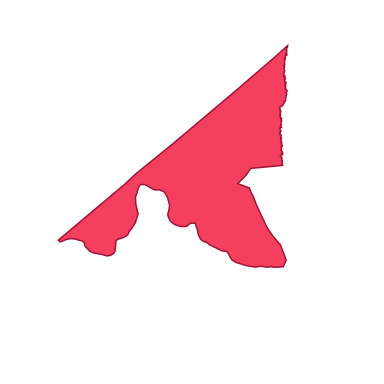 Vubwi, Eastern, Zambia, rotated 159°
{"feature_id": "96606910B99969900210710", "entity_name": "Vubwi", "entity_type": "district", "adm_level": 2, "iso_a3": "ZMB", "parent_name": "Zambia", "parent_adm1": "Eastern", "projection": "orthographic", "projection_center": [32.719, -13.993], "detail": "fine", "context": "isolated", "style": "filled", "palette": "rose", "viewbox_px": 384, "rotation_deg": 159, "n_neighbors": 0, "source": "geoboundaries", "source_scale": "gbopen_adm2", "svg_char_len": 5442}
<svg xmlns="http://www.w3.org/2000/svg" viewBox="0 0 384 384"><g transform="rotate(159 192 192)"><path d="M50.3,294.4L60.4,290.5L69.0,287.3L96.1,277.6L113.3,271.4L166.1,253.1L192.3,244.0L238.2,229.0L252.2,223.3L333.6,195.1L333.1,194.8L333.7,194.2L333.1,192.7L331.6,192.6L327.1,192.7L324.3,192.5L320.8,191.5L318.8,190.3L317.2,189.7L315.8,188.2L312.9,186.3L311.8,185.2L311.0,183.6L310.8,182.9L311.3,180.5L310.9,178.7L308.5,173.2L307.2,171.8L304.9,169.8L298.2,165.8L294.3,162.8L292.5,162.5L290.8,162.0L286.8,162.8L285.3,164.1L282.1,170.2L280.5,173.5L278.5,174.6L277.1,174.3L272.5,174.1L269.2,174.5L267.3,175.2L264.4,177.9L261.6,179.3L256.1,183.5L250.3,190.6L248.8,200.9L246.5,207.7L242.7,212.1L240.4,215.3L237.7,217.6L236.0,216.8L233.3,215.9L226.8,207.9L225.2,206.9L222.6,206.0L221.5,205.8L217.7,201.7L216.8,195.1L217.8,187.2L220.6,182.5L222.6,180.0L223.1,177.3L222.7,172.8L220.8,169.2L219.1,167.1L214.7,163.7L209.6,161.8L204.6,163.4L200.0,161.7L200.2,161.1L200.4,157.8L200.4,155.8L200.6,153.8L201.2,151.4L201.5,149.4L200.7,144.4L199.8,142.9L198.4,141.3L195.7,138.8L194.7,136.5L184.7,126.0L181.4,124.5L181.0,124.0L180.1,121.8L179.8,119.6L179.7,117.5L179.0,114.3L176.4,110.7L171.9,107.2L168.9,104.6L165.5,102.5L159.7,99.1L156.6,98.6L153.4,97.6L148.7,94.8L146.3,94.4L145.9,94.4L142.7,92.5L137.8,90.7L133.6,89.6L128.5,94.6L128.4,100.0L128.4,110.5L128.4,111.2L128.7,111.9L129.1,113.1L130.0,115.0L130.3,116.2L130.6,116.9L130.9,118.0L131.2,118.6L131.4,119.7L132.0,120.8L134.5,131.1L134.9,134.6L135.2,138.9L135.9,147.9L136.4,155.9L136.4,167.1L137.0,169.1L137.0,175.2L146.3,183.4L136.3,187.9L128.6,193.0L108.4,187.3L97.8,184.4L97.8,185.0L97.9,185.6L97.5,185.9L97.4,186.2L97.4,186.7L96.8,188.1L96.7,188.5L96.5,188.8L96.4,189.0L96.5,189.1L96.8,189.2L96.8,189.3L96.6,189.9L96.6,190.8L96.3,191.0L96.0,191.1L95.7,191.5L95.8,191.8L96.1,192.8L96.3,193.1L96.4,193.5L96.7,193.8L96.7,194.0L96.2,194.4L95.3,194.8L94.9,194.8L94.5,194.4L94.1,194.7L93.7,194.8L93.8,195.8L93.5,196.2L93.1,196.6L93.1,196.8L93.2,197.0L93.5,197.2L93.8,197.3L93.7,197.6L93.7,197.8L93.7,198.2L93.5,198.4L93.5,198.5L93.7,198.8L93.6,199.2L93.3,199.7L93.2,200.0L93.3,200.3L93.2,200.4L92.8,200.6L92.7,200.7L92.6,201.5L92.6,202.0L92.5,202.4L91.6,202.3L91.4,202.4L91.1,203.1L91.3,203.7L91.4,204.6L91.4,204.8L91.0,205.0L90.8,205.1L90.8,205.3L90.8,205.9L91.0,206.4L91.1,206.7L91.0,206.9L90.4,206.9L90.3,207.0L90.4,207.7L90.4,208.3L90.2,208.8L90.6,209.2L90.6,209.4L90.5,209.5L90.2,209.5L90.0,209.3L89.7,209.4L89.4,209.7L89.3,210.2L89.8,210.8L89.8,211.2L89.4,211.6L89.1,211.7L89.1,212.2L88.8,212.4L88.6,212.6L88.4,212.9L88.6,213.3L88.9,213.5L89.2,214.0L89.5,214.2L89.6,214.4L89.3,214.6L88.8,214.9L88.5,215.2L88.4,215.5L88.5,216.2L88.2,216.6L87.9,216.7L87.5,216.7L87.2,216.9L87.2,217.3L87.4,217.7L87.4,218.2L87.3,218.6L87.4,218.8L87.3,219.1L87.3,219.4L86.9,220.2L86.7,220.4L86.2,220.2L85.9,220.2L85.5,220.2L85.2,220.3L85.4,221.3L85.4,221.8L85.5,222.0L85.0,222.3L84.5,222.7L84.3,223.6L84.4,224.3L83.9,225.1L83.0,226.0L83.3,226.2L83.5,226.0L83.0,226.7L82.3,228.0L82.1,228.2L82.0,228.6L81.9,228.9L82.0,229.1L82.3,229.1L82.6,228.9L82.8,228.9L82.9,228.6L83.1,228.6L83.1,228.9L82.8,229.9L82.6,230.2L82.6,230.7L82.4,231.3L82.2,231.7L82.2,231.9L82.5,231.9L82.5,232.0L82.5,232.4L82.4,232.6L82.2,232.6L81.7,232.5L81.3,233.4L81.5,234.1L81.5,234.3L80.8,234.8L80.8,235.4L80.8,235.6L80.6,235.7L80.4,235.7L80.1,235.9L80.1,237.0L80.4,237.2L80.5,237.3L80.4,237.5L80.3,237.9L80.1,238.0L79.9,238.4L79.9,238.9L80.1,239.1L79.9,239.6L79.5,239.6L79.3,239.7L79.1,239.9L78.4,240.0L77.9,239.9L76.9,240.1L76.6,240.1L75.6,240.9L75.2,241.3L74.4,241.7L74.1,242.6L73.8,242.9L72.8,243.1L71.9,243.7L71.8,244.0L71.8,244.3L71.7,244.5L71.4,245.2L71.0,245.7L70.9,246.1L70.6,246.4L70.0,247.2L69.7,247.8L68.5,249.6L68.4,249.9L68.4,250.4L68.3,251.0L68.4,251.3L68.0,251.5L67.8,251.8L67.6,251.9L67.3,251.9L67.1,252.4L67.2,252.7L66.9,252.9L67.0,253.2L67.3,253.4L67.5,253.9L67.4,254.3L67.4,254.5L67.6,254.7L67.9,254.6L68.0,254.7L67.9,255.0L67.6,255.4L67.0,256.3L66.9,256.6L67.1,257.1L67.1,257.5L66.9,257.6L66.6,257.5L66.2,258.0L66.2,258.4L66.6,258.8L66.6,259.2L66.3,259.3L65.7,259.8L65.2,259.9L65.1,260.0L65.1,260.4L64.9,260.7L64.9,260.9L65.1,261.1L65.4,261.3L65.8,261.3L66.1,261.9L65.9,262.1L65.7,262.2L65.7,262.5L65.5,262.9L65.4,263.0L65.5,263.1L65.4,263.2L65.4,263.7L64.9,264.0L64.8,264.3L64.5,264.2L64.3,264.1L64.2,264.1L64.0,264.4L64.2,264.9L64.2,265.0L64.3,265.3L64.6,265.3L64.7,265.5L64.5,265.8L64.7,266.3L64.1,266.1L63.8,266.3L63.7,266.5L63.9,267.6L64.1,267.7L64.2,268.1L64.3,268.1L64.3,268.4L64.1,268.4L64.2,268.7L64.2,268.9L64.0,269.0L64.0,269.3L63.8,269.3L63.7,269.4L63.5,270.0L62.6,271.2L62.4,271.4L62.3,271.6L62.3,271.8L61.9,272.1L62.0,272.5L61.9,273.9L61.8,274.2L61.6,274.8L61.5,275.0L61.2,275.1L61.1,275.4L60.8,275.7L60.8,276.0L61.1,276.3L61.1,277.0L60.9,277.0L60.9,276.9L60.7,276.9L60.5,277.0L60.3,277.2L60.1,277.3L60.0,277.5L59.7,278.0L59.6,279.0L59.2,279.5L58.9,280.1L58.8,281.0L58.5,281.6L58.0,281.9L57.7,282.4L57.1,282.8L57.1,283.0L57.4,283.3L56.8,283.6L56.7,283.8L56.8,284.3L56.3,285.0L56.1,285.4L55.9,285.8L55.6,285.9L54.4,285.8L54.3,286.0L54.8,286.3L54.6,286.5L54.7,286.8L54.9,286.8L54.9,287.1L54.8,287.5L54.7,287.7L54.3,287.7L54.0,287.4L53.9,287.5L54.1,287.9L54.0,288.2L53.4,288.9L53.1,289.7L53.0,289.9L52.5,290.5L52.8,290.8L52.8,291.5L52.5,291.7L52.3,292.2L52.1,292.5L51.1,292.8L50.9,293.0L50.9,293.5L51.1,293.7L51.1,293.8L50.6,294.2L50.4,294.2L50.3,294.4Z" fill="#f43f5e" stroke="#9f1239" stroke-width="1.5"/></g></svg>